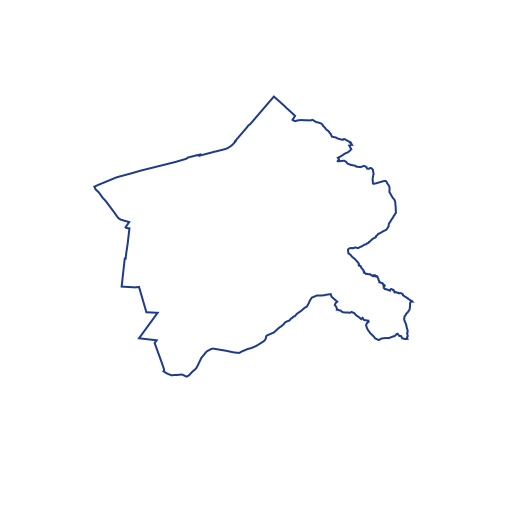 the district of Moacsa, Covasna, Romania, rotated 127°
{"feature_id": "2599482B70686666792164", "entity_name": "Moacsa", "entity_type": "district", "adm_level": 2, "iso_a3": "ROU", "parent_name": "Romania", "parent_adm1": "Covasna", "projection": "orthographic", "projection_center": [25.941, 45.883], "detail": "fine", "context": "isolated", "style": "outline", "palette": "blue", "viewbox_px": 512, "rotation_deg": 127, "n_neighbors": 0, "source": "geoboundaries", "source_scale": "gbopen_adm2", "svg_char_len": 6097}
<svg xmlns="http://www.w3.org/2000/svg" viewBox="0 0 512 512"><g transform="rotate(127 256 256)"><path d="M403.7,260.5L403.6,258.1L403.3,255.9L402.1,251.6L400.0,249.4L399.0,248.0L395.3,243.9L395.0,243.0L394.2,239.0L394.1,238.8L391.7,237.7L386.6,237.2L382.2,236.2L379.3,236.5L370.3,238.3L362.4,238.0L361.9,237.9L360.8,237.5L357.2,235.8L355.8,234.6L349.8,223.1L346.3,215.6L344.4,212.5L343.3,210.9L341.0,210.0L335.0,206.5L334.8,206.2L332.1,204.2L329.4,202.6L327.0,201.4L320.5,198.9L318.7,198.4L317.8,198.3L316.6,198.4L315.5,198.7L314.9,199.2L313.8,199.5L313.0,199.5L306.3,195.7L299.0,194.3L296.9,193.5L293.6,192.8L291.8,192.9L289.7,192.0L287.4,190.5L284.8,190.4L283.7,189.8L282.5,189.7L281.4,189.3L281.0,188.9L280.2,188.7L277.7,188.6L272.2,186.8L268.5,186.1L266.8,185.4L266.0,184.9L261.8,185.5L259.5,186.1L255.7,186.4L250.8,183.5L250.3,182.7L248.2,180.0L246.1,177.7L245.1,177.0L241.5,173.4L243.1,171.0L243.6,163.6L245.6,164.1L247.7,163.6L248.2,161.7L248.7,160.8L249.5,159.5L250.3,159.1L249.4,157.8L249.4,156.8L248.5,155.5L248.8,154.4L248.8,153.7L248.3,152.1L247.0,150.1L245.5,148.1L244.9,146.9L243.1,145.9L242.9,144.4L242.4,143.5L243.1,140.4L243.0,139.5L242.9,136.8L243.1,133.9L241.3,133.7L242.1,131.2L240.0,127.3L240.7,126.5L242.8,127.0L244.6,126.6L245.2,126.3L246.5,124.4L247.3,123.0L248.0,121.3L248.3,119.9L248.8,118.7L249.2,115.0L249.6,112.7L250.1,111.6L249.5,108.2L249.1,107.1L247.7,106.8L246.2,105.9L243.8,103.5L241.6,100.5L238.4,98.5L237.4,97.9L236.9,97.3L236.1,97.0L233.7,96.7L233.0,96.4L232.9,96.0L233.6,93.4L232.6,91.9L232.8,91.4L233.7,90.1L233.8,89.6L233.4,89.0L232.7,87.3L232.3,86.6L231.1,85.2L230.6,86.1L230.2,86.1L229.9,86.5L228.6,86.6L226.8,88.8L226.5,89.0L225.9,88.9L224.8,89.8L224.2,90.1L222.3,92.8L221.5,93.5L221.2,94.1L220.6,94.5L219.4,96.6L218.4,98.1L218.3,98.5L217.6,99.4L216.4,100.2L214.6,101.1L212.7,101.0L211.4,101.3L210.2,101.0L207.0,101.0L205.6,101.5L202.3,103.5L201.7,104.1L200.4,104.7L199.8,104.7L198.7,104.3L198.3,103.7L198.1,104.7L198.7,105.3L198.4,106.5L198.7,108.6L198.5,109.0L198.4,109.5L198.6,110.0L198.6,111.9L198.9,113.1L198.8,114.5L198.9,115.0L198.7,115.3L198.3,115.6L198.2,116.3L198.4,117.7L198.8,118.5L199.5,118.9L199.9,119.8L199.7,120.2L200.0,120.6L200.4,121.2L200.6,122.5L200.9,122.9L201.5,123.1L201.6,123.4L201.6,123.7L201.1,124.0L200.9,124.5L200.8,125.9L200.4,126.0L200.7,126.8L200.8,127.9L201.6,128.5L202.1,128.5L203.1,128.2L203.3,128.8L203.5,130.2L203.9,130.7L204.1,132.1L204.8,132.8L204.7,134.2L204.4,134.7L204.5,134.9L203.3,135.8L203.2,135.7L203.1,135.3L202.4,135.3L202.1,135.4L201.9,135.9L202.0,136.3L202.7,136.6L202.4,137.2L201.9,137.7L201.6,138.5L201.6,138.8L202.0,139.3L202.2,140.0L202.2,140.5L202.5,141.1L202.8,141.6L202.6,142.0L201.9,142.3L201.6,142.8L201.6,143.3L200.4,144.9L200.2,145.5L199.6,146.2L199.3,146.8L199.3,147.2L199.5,147.4L200.1,147.6L200.1,147.8L200.0,148.1L199.7,148.3L199.7,149.3L200.1,149.8L200.4,149.7L200.6,149.5L200.6,149.2L200.8,149.1L201.7,150.6L201.5,150.8L201.1,150.6L200.9,150.7L200.9,150.9L201.4,151.1L201.8,151.5L202.0,152.6L201.9,154.2L202.4,154.5L203.1,155.6L203.1,156.1L203.4,156.4L203.8,157.1L204.2,157.4L204.0,158.3L204.3,159.8L203.9,159.9L203.5,160.0L203.3,160.5L203.2,161.3L202.7,161.6L202.3,163.9L201.7,165.5L201.1,166.2L201.3,167.3L201.7,167.8L201.6,168.5L201.4,168.6L201.0,168.3L200.9,168.4L200.9,168.7L200.4,169.1L200.0,169.8L198.9,175.2L198.8,178.9L198.3,180.5L198.1,182.9L198.4,183.6L197.4,184.7L195.8,186.2L195.1,186.4L193.5,185.9L192.5,184.9L191.8,184.1L191.9,183.8L191.6,183.3L190.4,182.5L189.6,182.1L189.1,181.2L189.0,180.7L188.3,179.4L187.8,178.9L187.0,178.7L185.1,177.7L184.7,177.3L182.2,176.5L181.1,175.7L180.6,175.3L179.3,175.1L179.1,174.7L178.5,174.4L177.7,174.1L176.9,174.3L176.4,173.9L172.8,173.3L171.2,172.8L169.0,171.6L168.3,172.0L167.6,172.1L166.6,171.7L165.7,171.7L165.2,171.8L161.4,169.9L160.8,169.8L159.4,169.2L157.2,168.0L156.7,167.9L156.0,167.7L152.6,167.9L150.5,169.2L149.7,169.4L148.0,169.3L147.1,169.6L142.1,169.8L141.5,170.1L139.9,170.0L139.0,170.3L137.4,170.2L133.0,173.8L128.7,177.7L127.8,179.3L127.1,182.2L124.6,188.0L122.3,189.5L120.8,190.8L119.9,192.1L118.8,195.4L118.3,196.3L118.0,197.4L118.3,198.1L120.2,199.8L125.9,204.0L127.7,205.7L127.6,206.3L124.4,209.2L119.4,211.7L118.6,212.8L117.0,214.2L116.6,215.2L116.5,217.0L117.2,217.9L118.1,218.1L119.3,219.5L119.2,220.3L118.6,221.1L118.7,223.2L119.4,224.3L122.0,225.9L124.3,229.7L124.1,230.7L124.3,231.4L125.1,232.7L125.8,234.6L126.2,235.0L126.3,235.7L126.8,237.0L127.1,238.9L126.5,240.9L126.8,242.2L126.9,243.1L130.1,246.4L131.1,247.7L131.2,248.6L131.0,248.3L129.5,247.3L128.7,248.0L128.4,249.1L128.3,249.7L127.0,249.1L125.9,248.5L120.2,246.4L118.7,245.4L117.8,245.0L116.7,244.8L116.2,244.5L113.3,244.2L113.0,245.1L111.7,248.0L111.1,247.3L110.2,246.9L110.1,247.0L109.6,246.8L109.4,246.4L108.3,248.9L108.9,249.0L108.7,250.4L109.3,255.4L109.7,256.1L110.1,256.5L110.5,256.4L111.0,256.6L112.1,259.0L113.0,261.3L113.1,261.8L113.2,263.3L113.4,263.8L113.5,263.9L115.0,267.2L113.4,270.1L113.4,271.1L112.8,272.7L112.6,273.4L112.6,273.9L112.8,274.7L112.6,275.5L112.6,276.6L112.0,278.3L111.7,281.0L111.2,281.5L111.0,282.8L111.0,283.8L112.1,287.1L112.7,288.2L112.9,289.0L113.2,292.6L113.5,293.1L114.2,293.4L115.5,294.9L120.6,302.2L122.7,304.4L124.7,305.8L125.4,308.4L125.3,308.8L120.6,309.1L120.0,314.7L119.5,320.5L119.0,324.1L117.9,337.7L154.4,340.0L155.8,340.6L160.0,340.7L177.0,341.8L177.0,341.3L181.0,341.7L183.2,342.2L186.4,343.4L187.7,344.0L189.7,345.4L196.7,351.0L197.3,351.6L209.8,361.4L208.7,361.8L211.0,363.6L210.9,363.7L218.6,369.8L219.3,369.8L220.6,370.4L229.6,377.1L257.0,399.3L265.0,405.3L275.1,413.2L277.6,415.0L294.4,424.9L297.9,426.8L299.3,424.2L299.7,420.7L299.9,419.5L301.9,413.1L302.2,410.9L302.7,408.4L304.8,401.3L306.2,396.4L308.3,389.9L308.5,388.9L308.5,387.4L308.3,385.7L305.2,377.7L311.6,377.5L311.7,376.9L311.6,376.3L310.1,373.7L322.9,366.2L330.8,361.9L336.5,358.6L336.6,358.9L337.0,359.3L361.3,344.9L353.7,333.5L352.1,331.9L352.0,331.5L351.1,330.8L366.9,309.7L360.6,300.4L392.1,299.9L383.1,284.6L386.5,284.6L398.2,266.6L401.9,261.2L402.9,260.4L403.7,260.5Z" fill="none" stroke="#1e3a8a" stroke-width="2"/></g></svg>